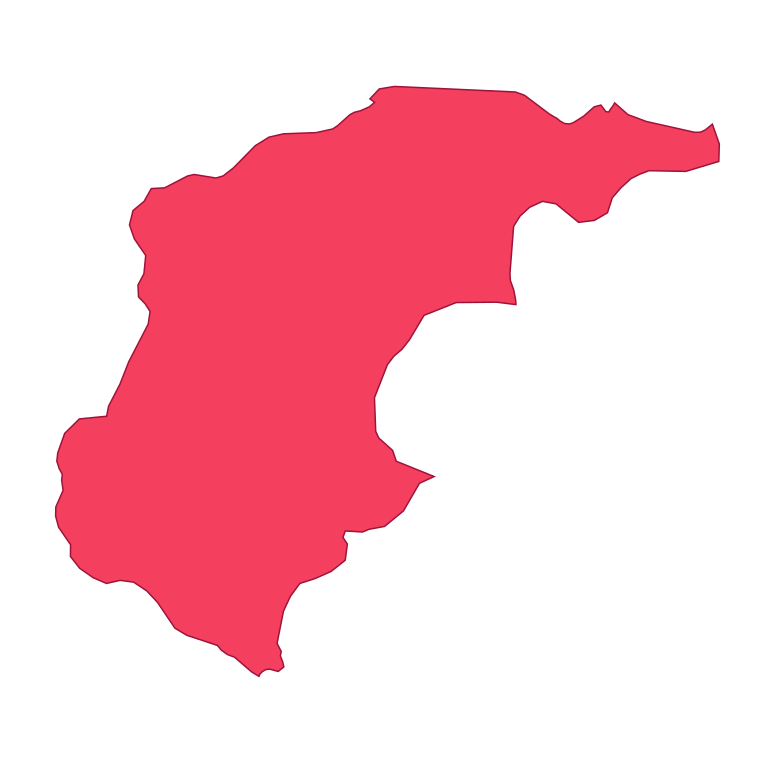 the Province of Oudômxai, rotated 183°
{"feature_id": "LAO-3290", "entity_name": "Oudômxai", "entity_type": "Province", "adm_level": 1, "iso_a3": "LAO", "parent_name": "Laos", "parent_adm1": "", "projection": "orthographic", "projection_center": [101.644, 20.521], "detail": "fine", "context": "isolated", "style": "filled", "palette": "rose", "viewbox_px": 768, "rotation_deg": 183, "n_neighbors": 0, "source": "natural_earth", "source_scale": "10m", "svg_char_len": 1895}
<svg xmlns="http://www.w3.org/2000/svg" viewBox="0 0 768 768"><g transform="rotate(183 384 384)"><path d="M483.5,93.3L487.2,92.6L490.4,90.4L492.8,87.7L493.6,85.5L500.9,89.4L519.1,103.4L526.1,105.6L532.3,109.5L536.7,114.2L567.7,122.7L580.0,129.2L598.7,154.0L610.0,164.9L623.6,173.0L637.2,174.1L650.7,170.3L664.4,175.4L678.2,184.0L688.1,195.3L688.6,207.1L701.5,224.0L705.0,234.9L705.3,244.0L698.9,261.0L700.9,271.2L700.5,276.9L703.9,282.4L706.7,289.8L706.2,298.1L700.3,318.0L686.4,333.2L659.3,337.3L657.9,347.4L647.7,370.0L640.0,393.0L622.6,431.5L621.4,444.2L626.8,451.7L633.7,458.1L634.9,469.9L629.5,481.6L628.7,499.9L640.8,515.7L646.5,529.5L643.7,544.1L633.1,553.9L626.6,567.0L613.4,568.4L591.2,581.4L584.6,583.3L562.6,580.9L555.5,583.4L545.8,591.8L525.1,615.2L511.8,624.5L497.4,628.6L464.8,631.5L448.6,636.0L443.8,639.6L432.1,651.2L428.0,653.7L421.9,655.6L413.2,660.0L408.1,664.8L413.0,668.0L404.2,678.4L389.1,681.7L268.1,682.5L258.8,679.7L232.7,662.1L225.0,658.1L221.7,655.7L217.4,653.6L212.3,653.4L208.6,654.9L198.5,662.0L188.6,671.8L182.0,673.9L176.6,667.5L173.6,667.5L172.5,669.9L169.9,673.7L168.4,676.8L154.5,665.8L135.8,659.9L86.9,651.6L81.3,652.0L76.3,654.6L69.7,660.7L61.7,641.3L61.3,623.8L93.8,612.1L130.5,610.9L139.4,607.0L148.0,602.1L157.6,592.4L165.8,581.8L169.8,566.7L182.4,558.4L198.1,555.6L221.6,572.9L235.2,574.7L247.8,568.1L256.9,558.9L262.8,548.2L264.0,500.7L263.2,493.9L259.3,484.5L256.9,474.7L256.4,470.2L276.0,471.6L316.2,469.1L347.6,454.7L360.8,429.6L367.8,419.7L375.5,412.4L381.6,403.5L392.8,369.8L389.8,336.3L386.4,329.8L371.9,318.1L367.7,307.5L329.1,294.2L343.4,286.7L357.9,258.3L376.0,241.8L391.4,238.1L397.6,235.1L414.9,235.2L417.0,228.7L412.2,222.3L413.5,206.0L426.8,194.2L442.2,186.3L457.6,180.4L466.3,167.2L472.5,151.9L477.2,119.4L472.6,111.4L473.3,107.1L470.6,101.1L469.2,96.2L474.6,91.4L483.5,93.3Z" fill="#f43f5e" stroke="#9f1239" stroke-width="1.5"/></g></svg>